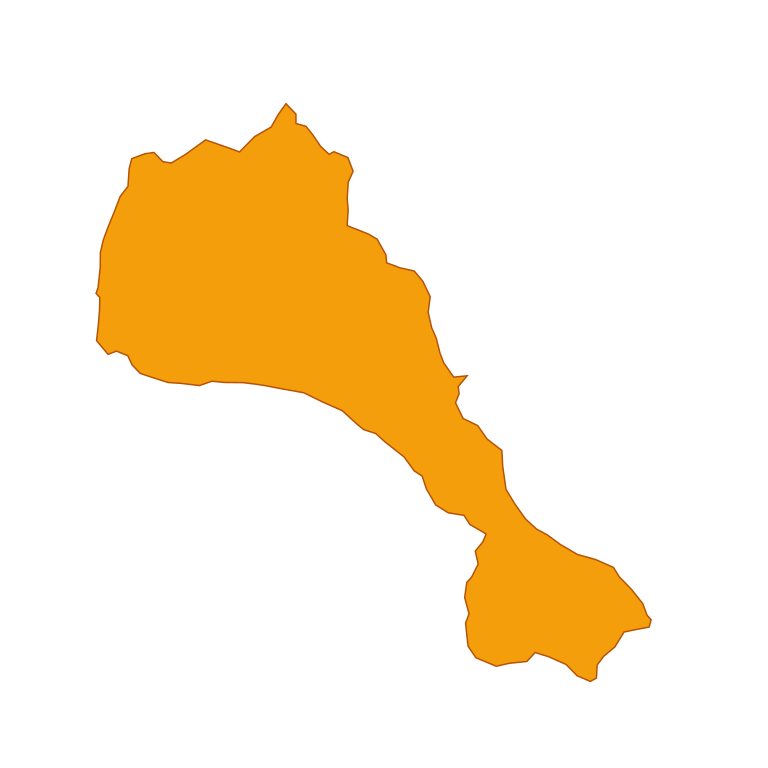 the district of Agios Therapon, Limassol, Cyprus, rotated 9°
{"feature_id": "46923920B43784935136584", "entity_name": "Agios Therapon", "entity_type": "district", "adm_level": 2, "iso_a3": "CYP", "parent_name": "Cyprus", "parent_adm1": "Limassol", "projection": "orthographic", "projection_center": [32.869, 34.783], "detail": "fine", "context": "isolated", "style": "filled", "palette": "amber", "viewbox_px": 768, "rotation_deg": 9, "n_neighbors": 0, "source": "geoboundaries", "source_scale": "gbopen_adm2", "svg_char_len": 1833}
<svg xmlns="http://www.w3.org/2000/svg" viewBox="0 0 768 768"><g transform="rotate(9 384 384)"><path d="M85.4,339.5L89.8,343.1L91.5,355.8L92.7,371.7L93.3,386.1L106.8,397.9L114.5,393.4L126.5,396.1L132.3,404.6L141.6,411.7L155.4,414.0L170.5,416.3L183.8,415.1L202.0,414.4L213.5,408.2L226.5,407.4L244.6,404.7L258.7,404.2L266.6,404.2L285.7,404.8L306.2,405.2L326.2,411.4L347.0,416.9L363.2,427.6L371.0,432.2L375.3,432.9L383.6,434.2L394.0,441.0L415.4,453.0L427.4,465.1L436.1,469.0L442.3,481.0L454.0,495.4L467.6,501.2L483.5,501.2L490.9,509.4L499.4,512.6L508.4,516.2L506.2,524.7L500.3,534.8L505.2,547.2L500.7,561.2L496.8,567.0L497.1,582.3L503.9,597.6L502.0,607.4L506.5,624.3L508.1,629.9L510.0,631.9L517.6,640.0L539.0,645.2L551.3,640.3L568.5,635.7L575.3,625.6L589.2,627.6L607.7,632.5L620.3,641.9L634.3,645.5L639.8,641.2L639.4,636.9L638.5,628.2L643.7,618.4L653.1,607.7L659.9,591.4L672.2,586.8L683.9,582.6L684.7,575.1L680.0,571.2L673.8,560.3L660.2,547.9L646.5,537.6L639.4,529.3L620.6,524.3L601.7,522.1L583.5,515.0L568.9,507.5L557.5,503.5L544.8,495.1L531.8,481.8L521.0,469.0L514.2,447.0L510.8,431.2L494.4,422.2L483.0,410.4L467.5,405.7L457.6,391.4L459.7,381.8L457.7,375.0L464.8,362.9L451.8,366.3L439.7,353.8L434.6,345.0L428.4,330.5L422.3,321.0L416.4,306.3L416.0,290.6L406.3,276.5L396.2,267.7L381.3,266.7L367.7,263.9L365.7,256.2L354.6,242.1L345.7,238.5L322.8,233.3L321.4,217.8L318.6,206.5L317.1,190.4L320.2,178.7L312.9,166.0L298.1,162.4L293.9,165.8L284.2,159.2L275.1,149.5L266.6,141.7L256.3,140.5L254.8,131.2L243.3,122.5L237.4,134.3L232.4,147.8L217.5,159.9L205.0,177.4L195.0,175.4L169.6,170.8L151.9,188.4L139.4,199.0L130.8,199.0L120.6,191.3L112.0,193.9L99.6,200.9L98.6,211.2L100.2,228.8L94.1,240.0L91.0,254.7L86.8,272.6L84.2,285.8L83.3,298.6L85.4,312.6L85.5,313.6L86.5,333.8L85.4,339.5Z" fill="#f59e0b" stroke="#b45309" stroke-width="1.5"/></g></svg>